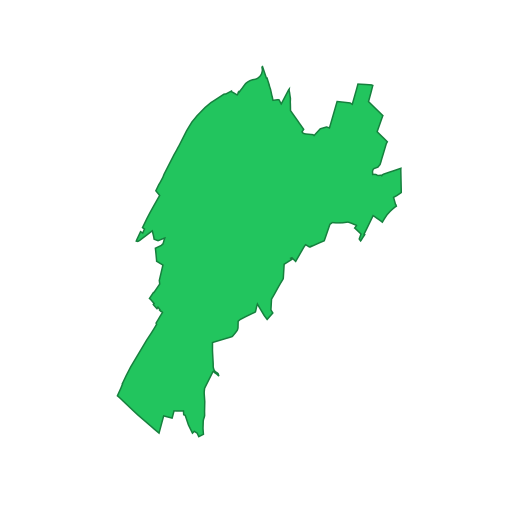 outline of Salaspils, Salaspils, Latvia, rotated 108°
{"feature_id": "27541924B10713926826642", "entity_name": "Salaspils", "entity_type": "district", "adm_level": 2, "iso_a3": "LVA", "parent_name": "Latvia", "parent_adm1": "Salaspils", "projection": "robinson", "projection_center": [24.35, 56.87], "detail": "fine", "context": "isolated", "style": "filled", "palette": "green", "viewbox_px": 512, "rotation_deg": 108, "n_neighbors": 0, "source": "geoboundaries", "source_scale": "gbopen_adm2", "svg_char_len": 5223}
<svg xmlns="http://www.w3.org/2000/svg" viewBox="0 0 512 512"><g transform="rotate(108 256 256)"><path d="M107.1,268.1L101.3,270.1L98.9,271.0L96.7,271.6L95.4,272.0L94.4,272.5L93.7,272.9L90.0,274.7L89.9,274.8L88.2,275.7L87.5,275.9L87.0,276.0L87.8,276.3L103.2,278.9L103.6,279.0L101.2,281.5L100.4,282.3L100.5,283.3L102.6,287.7L102.7,288.0L99.8,289.6L98.0,290.8L95.7,292.1L94.2,293.0L93.0,293.7L91.4,294.9L89.3,296.4L89.2,296.3L85.6,298.9L83.3,300.5L83.6,301.1L82.5,301.9L73.9,308.3L74.5,308.7L76.5,307.7L77.5,307.3L79.0,307.1L81.1,307.0L83.5,307.6L84.2,307.9L86.4,309.3L87.2,310.1L88.1,311.2L89.4,313.7L91.0,315.8L92.7,317.4L94.3,318.6L95.3,319.2L98.8,320.4L100.5,320.9L102.6,321.7L105.3,322.6L104.9,323.1L105.8,323.5L107.3,323.3L108.6,323.7L108.1,326.2L107.9,326.9L107.2,330.3L106.8,330.4L106.9,330.5L107.1,330.7L111.1,334.6L112.0,336.5L122.3,344.8L123.8,346.1L127.6,348.5L130.3,350.2L132.3,351.2L138.4,354.2L140.8,355.4L145.0,357.0L145.7,357.3L148.2,358.3L154.0,359.7L158.3,360.7L173.8,363.1L174.9,363.3L175.1,363.3L176.8,363.7L179.9,364.2L185.2,365.3L187.2,365.6L206.6,368.7L210.0,368.9L215.7,369.9L218.2,370.5L224.9,371.4L225.2,371.0L226.8,368.5L228.2,366.3L232.3,367.2L234.8,367.7L240.2,368.8L247.4,370.2L253.9,371.3L264.1,372.7L264.8,370.4L269.2,370.8L268.5,373.3L277.4,374.4L278.8,374.5L278.8,373.3L278.4,372.6L277.1,371.4L274.7,369.8L271.3,367.4L264.6,362.8L264.1,362.4L268.7,359.6L270.1,358.8L271.5,358.1L271.7,353.9L267.3,348.6L267.1,348.3L270.0,348.3L272.5,348.2L273.6,348.3L273.9,348.8L274.7,349.0L275.0,349.1L279.7,354.1L284.6,351.9L291.1,349.1L291.7,348.9L292.8,344.2L293.4,341.7L293.8,341.7L309.1,340.4L312.2,339.0L312.4,338.9L320.6,341.3L322.4,341.9L322.5,342.3L329.3,344.2L330.0,342.6L331.9,339.5L332.3,338.9L332.5,338.6L332.6,338.3L332.8,338.4L333.9,338.7L335.3,336.4L335.4,336.2L336.7,333.9L335.0,333.4L335.5,332.7L336.3,331.4L336.4,331.2L336.6,330.8L337.2,331.0L338.1,329.3L337.9,328.8L338.6,327.5L343.1,328.6L346.8,329.4L350.7,330.3L351.7,329.4L357.4,330.7L361.8,331.8L369.8,334.0L376.0,335.4L400.1,340.9L409.9,342.5L417.7,343.5L418.9,343.7L419.1,343.4L423.8,343.7L431.6,344.6L431.8,344.6L432.6,342.6L439.1,329.0L439.3,328.6L441.1,324.8L442.7,321.4L443.3,320.1L443.5,319.7L445.5,314.9L451.5,300.6L451.7,300.3L451.8,300.0L454.4,293.5L437.0,294.4L436.6,294.4L436.1,285.7L435.4,285.7L428.7,286.1L425.8,277.1L429.3,275.7L429.4,274.1L437.5,268.1L439.8,265.9L440.1,265.6L443.8,262.0L443.9,261.9L444.1,261.7L441.8,260.5L442.7,257.2L445.5,254.6L441.8,250.9L437.7,252.6L436.1,253.2L431.6,254.5L429.2,255.2L427.8,255.4L425.5,255.4L423.8,255.5L422.6,255.9L419.7,256.9L410.4,259.7L402.7,262.8L401.1,263.3L398.7,263.8L397.8,264.0L395.6,263.7L379.3,261.2L378.9,260.7L379.5,259.7L379.8,259.1L380.4,256.9L381.7,254.2L379.6,255.7L379.2,256.6L378.6,258.9L378.3,259.4L377.7,260.4L376.4,261.4L375.3,262.1L374.5,262.5L371.8,263.4L369.7,264.2L367.9,264.9L360.9,267.6L359.0,268.3L351.8,270.6L351.2,269.9L340.1,253.9L339.5,253.5L335.3,251.8L332.9,251.0L331.9,250.8L330.0,250.9L323.6,252.8L321.5,251.6L317.1,247.3L311.8,241.8L309.8,239.6L309.6,239.5L309.3,239.3L308.8,239.3L307.6,239.4L304.7,239.7L303.2,239.8L301.8,239.8L301.3,239.8L301.4,239.7L302.4,238.5L302.9,238.0L310.1,229.8L312.9,225.8L306.0,222.8L305.0,222.4L303.4,224.3L302.5,225.2L292.2,227.9L286.6,226.7L279.3,225.3L273.5,224.1L273.3,224.0L269.3,223.1L268.2,223.3L255.5,226.6L255.1,226.7L254.8,226.4L248.2,220.9L247.4,222.3L246.5,221.3L247.2,220.0L248.5,217.4L248.9,216.6L233.6,213.4L232.0,213.0L229.9,212.3L230.9,208.1L230.6,207.6L229.7,206.6L230.1,206.6L224.0,199.9L220.4,195.8L203.0,195.5L200.6,193.7L199.7,189.9L197.7,184.0L195.4,179.2L195.3,178.5L195.3,177.2L195.4,174.5L195.6,173.0L195.7,170.5L195.7,170.3L195.9,169.9L196.0,169.8L198.9,170.8L199.0,170.5L202.6,163.0L202.7,162.9L207.7,163.1L208.0,163.0L208.2,162.8L208.5,162.5L209.0,161.4L209.3,161.2L209.0,161.0L205.3,160.1L202.1,159.2L201.9,160.0L196.5,159.2L181.4,157.1L182.0,154.9L182.7,152.8L183.6,149.7L184.4,147.3L184.8,146.3L184.0,146.1L181.7,145.6L179.4,145.0L176.9,144.3L175.9,144.0L174.7,143.4L172.2,142.3L170.2,141.2L168.5,140.2L166.2,138.7L165.3,137.9L164.0,138.8L163.9,139.2L157.9,143.2L157.7,143.3L155.2,140.9L150.8,137.5L150.6,137.5L129.4,144.9L129.0,145.0L127.8,145.3L132.9,152.1L134.9,154.9L135.0,155.0L138.6,159.8L139.1,160.3L139.6,160.8L140.1,161.1L140.7,161.2L140.5,161.5L140.5,161.8L140.6,162.2L141.5,164.2L141.8,164.9L141.8,165.3L141.7,165.9L141.5,166.7L141.5,167.4L141.6,167.9L141.7,168.3L142.0,169.3L142.2,169.8L142.4,170.2L139.4,171.4L137.6,171.4L136.6,171.0L135.9,170.2L133.8,167.5L132.7,167.1L130.7,166.3L128.6,166.3L127.8,166.3L127.4,166.3L125.8,166.4L121.2,166.5L120.6,166.5L108.8,166.8L106.8,166.4L104.4,171.1L103.5,173.0L100.4,179.2L100.0,179.2L83.7,178.8L83.3,178.7L74.4,196.7L64.2,197.2L58.3,197.6L57.7,197.6L57.6,199.0L59.0,204.7L61.0,212.2L62.5,212.1L68.6,211.8L68.9,211.8L82.0,211.3L81.8,212.4L81.5,213.1L81.4,213.7L81.5,214.5L82.5,219.4L84.0,226.6L84.3,226.6L111.3,225.7L111.5,225.7L111.5,228.8L114.9,233.8L115.2,234.2L123.5,238.0L123.2,238.6L123.0,239.3L123.2,240.3L123.6,242.0L124.6,246.4L124.7,247.6L124.7,248.7L124.4,249.6L123.7,250.6L120.8,249.8L119.6,251.4L118.1,253.4L115.6,256.8L115.3,257.1L107.1,268.1Z" fill="#22c55e" stroke="#15803d" stroke-width="1.5"/></g></svg>